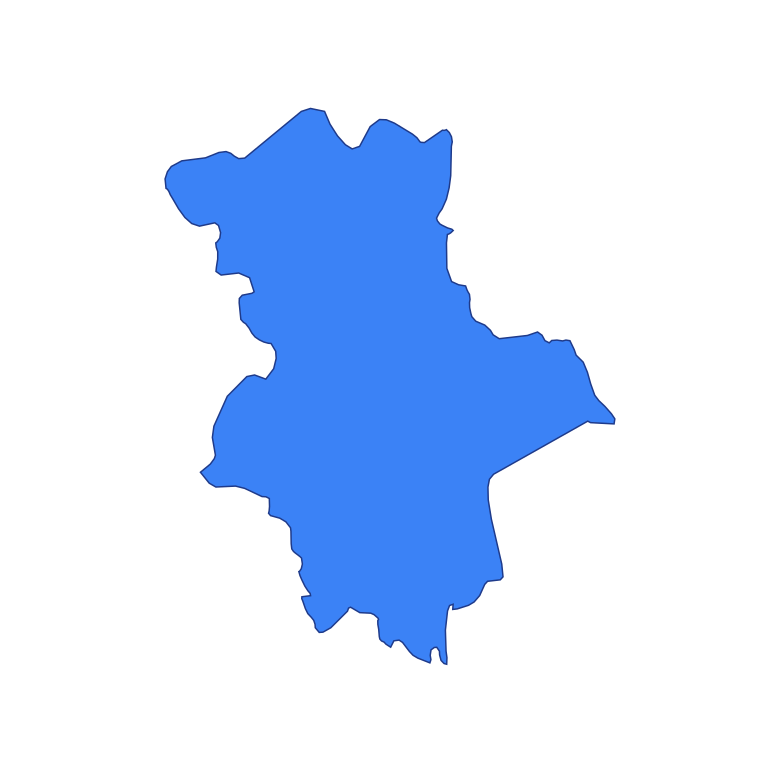 an SVG outline of Päijät-Häme, rotated 159°
{"feature_id": "FIN-3184", "entity_name": "Päijät-Häme", "entity_type": "Province", "adm_level": 1, "iso_a3": "FIN", "parent_name": "Finland", "parent_adm1": "", "projection": "albers", "projection_center": [25.782, 61.243], "detail": "fine", "context": "isolated", "style": "filled", "palette": "blue", "viewbox_px": 768, "rotation_deg": 159, "n_neighbors": 0, "source": "natural_earth", "source_scale": "10m", "svg_char_len": 3074}
<svg xmlns="http://www.w3.org/2000/svg" viewBox="0 0 768 768"><g transform="rotate(159 384 384)"><path d="M537.4,196.9L537.9,202.4L537.6,210.7L537.7,213.1L536.9,214.8L528.4,212.7L528.0,215.0L529.1,218.0L530.3,223.6L530.9,230.5L531.1,235.3L530.7,239.4L530.0,239.4L527.4,241.2L524.7,245.2L523.4,251.1L524.3,253.0L527.5,258.2L528.5,260.1L529.2,263.1L527.9,268.1L523.6,280.0L522.8,283.3L525.0,290.5L529.4,296.1L537.1,301.8L538.1,304.7L536.8,306.5L534.8,310.6L532.1,318.2L534.6,321.0L538.2,322.6L551.5,336.5L559.2,341.9L577.9,348.1L582.7,354.0L587.0,367.4L574.8,371.5L569.2,375.1L566.9,377.9L563.4,395.6L557.9,405.6L534.7,428.7L509.4,440.1L501.6,438.8L492.6,430.9L481.5,437.8L475.5,446.5L473.4,453.3L474.9,462.3L477.4,463.5L481.2,466.3L484.5,469.8L487.5,474.1L489.1,478.9L489.9,484.5L491.5,489.8L493.1,492.0L494.5,495.6L490.1,511.7L488.4,515.7L484.5,517.7L474.7,516.0L472.2,516.6L471.4,531.4L479.9,539.7L497.0,544.1L500.5,549.3L498.5,553.3L494.5,560.2L491.8,567.1L491.6,571.7L490.5,576.0L488.8,576.5L485.0,579.0L482.3,583.9L481.7,591.3L484.2,595.1L499.7,597.5L506.0,602.7L510.2,610.8L513.0,621.2L515.0,633.5L515.7,637.3L515.8,640.7L516.4,643.5L517.4,644.7L514.9,653.9L510.1,659.8L504.6,663.3L492.8,664.8L469.6,659.1L455.2,659.3L448.2,657.6L444.4,654.3L442.0,650.2L438.9,646.5L433.1,644.8L363.5,668.1L353.9,667.6L341.8,659.8L341.3,645.9L338.5,632.3L334.3,621.2L329.5,614.9L321.6,614.6L304.6,629.3L293.4,632.5L287.1,629.8L280.8,623.8L267.9,607.1L265.0,602.1L263.7,597.4L263.1,596.5L259.7,594.9L238.5,600.0L237.0,599.2L235.4,599.0L234.6,599.1L232.9,595.3L232.4,590.7L233.5,585.6L235.9,581.8L247.1,554.5L252.9,543.8L259.5,534.2L267.0,526.7L271.2,523.9L275.5,520.0L275.7,517.2L274.5,513.4L272.9,511.4L268.7,506.9L265.2,504.2L264.4,502.5L267.6,501.2L269.8,500.8L271.2,500.9L275.1,493.4L283.9,469.4L284.2,455.4L278.8,449.9L272.7,446.3L272.8,442.3L272.6,439.9L272.1,437.1L273.4,432.1L275.0,429.4L276.7,424.5L277.6,418.9L277.9,415.4L275.8,409.7L268.8,402.9L265.4,396.0L264.5,390.8L260.2,385.0L232.7,377.9L222.0,377.5L219.0,372.9L218.2,366.8L215.0,363.2L211.8,364.5L206.8,363.0L201.8,360.2L198.4,359.8L194.9,357.8L194.1,347.9L194.3,342.1L190.2,333.0L189.9,322.0L191.0,310.1L191.3,298.0L189.4,291.5L185.8,283.9L182.3,274.5L181.0,268.7L183.5,264.3L205.0,273.9L207.1,276.3L314.0,260.5L319.7,257.3L323.9,250.5L328.2,238.5L332.2,219.4L338.6,173.7L342.0,161.3L345.6,159.5L358.0,162.7L361.8,160.8L370.5,152.2L378.0,148.2L384.4,147.1L396.2,147.8L400.6,148.9L398.4,153.6L402.2,153.7L406.0,149.4L414.9,132.2L421.8,112.4L423.3,106.0L425.9,99.9L428.1,101.5L429.8,105.5L429.2,111.1L428.0,114.7L429.1,119.3L431.5,120.0L435.4,118.9L438.1,114.1L439.0,109.8L441.1,107.2L450.7,116.0L454.1,120.3L456.1,125.1L459.3,136.1L461.7,139.5L466.8,140.7L472.1,135.9L475.3,140.2L476.5,143.1L478.4,145.0L479.3,147.4L478.9,149.9L476.9,156.7L475.9,161.7L474.6,165.3L473.4,166.3L473.5,167.6L475.9,172.2L478.5,174.8L488.5,179.2L495.2,187.6L497.4,187.5L499.5,185.0L521.0,175.5L529.9,174.2L533.5,175.3L535.5,181.1L534.5,184.3L534.3,188.5L535.5,192.3L537.4,196.9Z" fill="#3b82f6" stroke="#1e3a8a" stroke-width="1.5"/></g></svg>